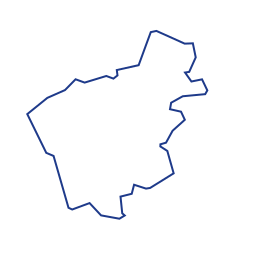 Uror, Jonglei, South Sudan, rotated 70°
{"feature_id": "79223893B11973303944142", "entity_name": "Uror", "entity_type": "district", "adm_level": 2, "iso_a3": "SSD", "parent_name": "South Sudan", "parent_adm1": "Jonglei", "projection": "albers", "projection_center": [32.126, 7.693], "detail": "fine", "context": "isolated", "style": "outline", "palette": "blue", "viewbox_px": 256, "rotation_deg": 70, "n_neighbors": 0, "source": "geoboundaries", "source_scale": "gbopen_adm2", "svg_char_len": 712}
<svg xmlns="http://www.w3.org/2000/svg" viewBox="0 0 256 256"><g transform="rotate(70 128 128)"><path d="M185.5,208.3L185.4,189.8L200.9,183.2L210.3,167.1L209.1,161.0L206.2,162.6L189.9,158.5L191.1,147.0L183.4,141.7L191.1,131.8L191.9,127.7L186.2,100.6L163.0,98.9L156.4,103.9L154.4,103.1L154.8,97.3L145.8,87.0L139.7,71.8L130.8,72.6L124.7,82.1L119.0,78.8L116.9,65.7L122.6,43.9L119.8,40.6L107.6,41.8L106.0,52.5L95.4,55.4L96.2,51.3L84.8,40.2L70.6,38.1L69.8,40.7L68.1,45.9L46.5,68.1L45.7,73.8L55.5,82.1L72.6,96.5L69.7,118.7L75.0,119.9L76.6,124.8L71.7,130.6L70.5,153.2L64.3,160.6L70.8,174.2L72.1,193.5L80.5,217.9L123.4,213.3L128.8,207.5L182.6,211.2L185.5,208.3Z" fill="none" stroke="#1e3a8a" stroke-width="2"/></g></svg>